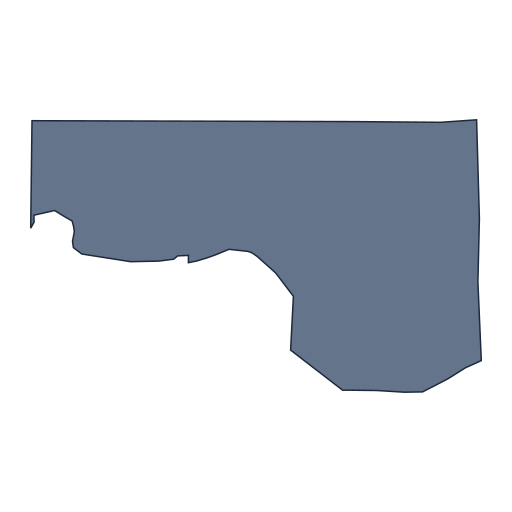 Wahkiakum, Washington, United States of America (Equal Earth projection)
{"feature_id": "52423323B48044581252464", "entity_name": "Wahkiakum", "entity_type": "district", "adm_level": 2, "iso_a3": "USA", "parent_name": "United States of America", "parent_adm1": "Washington", "projection": "equal_earth", "projection_center": [-123.489, 46.265], "detail": "fine", "context": "isolated", "style": "filled", "palette": "slate", "viewbox_px": 512, "rotation_deg": 0, "n_neighbors": 0, "source": "geoboundaries", "source_scale": "gbopen_adm2", "svg_char_len": 624}
<svg xmlns="http://www.w3.org/2000/svg" viewBox="0 0 512 512"><path d="M353.9,121.6L32.0,120.7L30.7,228.2L34.1,222.1L33.9,215.2L54.5,210.5L65.8,217.4L72.1,221.0L73.7,227.0L74.3,231.8L72.5,241.4L73.4,247.6L81.8,254.0L130.7,261.7L158.6,261.1L173.7,259.2L177.6,255.9L188.4,255.4L188.4,262.7L196.7,261.0L207.0,257.9L215.9,254.7L229.0,249.3L247.9,251.4L252.1,252.9L257.4,256.6L275.9,273.2L293.4,296.3L290.6,350.1L342.6,390.2L349.4,390.2L376.9,390.5L404.3,392.2L422.6,391.9L447.9,378.8L465.4,367.8L481.3,360.6L477.9,282.0L479.4,218.8L476.6,119.8L440.7,122.3L353.9,121.6Z" fill="#64748b" stroke="#1e293b" stroke-width="1.5"/></svg>